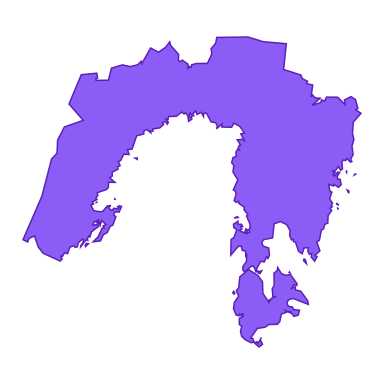 the district of Zamboanga Sibugay, Zamboanga Sibugay, Philippines
{"feature_id": "2640588B82865823535715", "entity_name": "Zamboanga Sibugay", "entity_type": "district", "adm_level": 2, "iso_a3": "PHL", "parent_name": "Philippines", "parent_adm1": "Zamboanga Sibugay", "projection": "robinson", "projection_center": [122.765, 7.61], "detail": "fine", "context": "isolated", "style": "filled", "palette": "violet", "viewbox_px": 384, "rotation_deg": 0, "n_neighbors": 0, "source": "geoboundaries", "source_scale": "gbopen_adm2", "svg_char_len": 6029}
<svg xmlns="http://www.w3.org/2000/svg" viewBox="0 0 384 384"><path d="M27.7,242.0L29.0,238.4L34.5,236.0L38.2,246.9L43.2,253.3L60.3,261.1L62.2,258.8L60.8,256.9L60.8,256.1L62.6,256.2L64.5,252.7L67.5,253.7L69.9,247.2L73.9,245.7L75.1,247.4L77.3,246.8L78.2,242.8L82.7,239.0L83.5,240.5L82.8,243.0L80.7,245.8L80.6,246.9L86.0,239.8L87.8,240.4L87.4,238.3L89.1,235.7L89.6,235.9L89.6,236.9L89.8,237.0L91.5,231.8L98.5,226.4L98.0,224.4L93.0,225.2L93.7,222.3L98.6,219.9L100.1,225.4L101.7,220.5L106.0,224.6L103.1,225.9L104.3,227.9L102.2,228.1L98.2,236.8L93.1,241.8L100.5,240.9L103.4,234.6L107.0,232.8L110.3,226.2L112.9,225.1L115.9,216.6L113.8,215.2L114.6,211.9L119.1,212.1L121.6,206.5L119.5,205.7L117.5,206.8L118.9,207.8L117.8,209.1L113.9,208.2L111.8,210.6L108.3,207.8L110.3,206.2L110.3,205.5L107.3,205.9L102.7,211.4L99.6,211.7L93.8,210.7L90.8,205.1L93.6,204.0L92.3,201.9L97.0,199.6L95.7,198.4L97.7,195.7L97.4,192.6L106.6,189.5L108.4,187.2L108.5,182.3L115.0,182.4L109.8,177.9L112.4,175.9L112.0,172.3L118.0,169.2L117.7,166.8L120.1,165.7L118.4,161.5L120.8,160.4L123.7,154.2L129.1,154.5L127.5,149.7L132.1,149.1L136.6,135.9L143.8,133.9L143.9,131.1L146.5,129.4L150.8,132.8L150.4,130.9L152.9,131.2L152.7,129.0L159.8,127.9L163.7,124.3L162.3,122.7L163.9,121.9L165.9,121.9L167.2,124.2L168.4,122.5L165.8,119.0L168.1,119.5L168.5,116.5L176.4,116.3L181.7,112.0L184.1,114.0L185.6,112.8L187.9,115.9L188.6,121.3L191.8,119.2L191.5,116.7L188.8,117.6L190.0,112.9L191.8,115.9L193.8,115.8L192.9,113.7L195.5,111.0L197.0,114.5L201.1,112.3L203.5,116.5L203.6,113.4L206.5,113.2L211.0,121.8L215.8,122.8L217.4,126.3L216.5,128.8L222.1,123.8L221.7,127.0L231.6,127.3L233.8,123.1L239.9,126.5L244.4,133.0L240.8,133.9L245.0,141.6L242.8,139.2L237.2,139.8L240.7,145.2L239.2,145.4L238.1,148.1L239.3,150.0L237.5,149.5L235.9,152.0L236.1,156.6L233.1,157.4L231.6,162.8L233.8,165.3L233.0,172.1L237.8,179.9L233.3,189.9L235.4,191.1L236.1,194.5L234.1,200.5L236.1,202.4L238.6,201.3L238.9,203.5L244.3,207.1L244.0,209.7L247.9,214.6L246.5,216.0L250.0,224.1L250.0,228.6L248.4,229.7L249.8,232.0L246.2,233.7L239.3,230.5L241.9,229.0L240.8,226.4L242.6,226.5L241.5,224.3L237.9,224.2L238.0,221.2L233.5,224.2L233.8,227.6L236.8,229.6L233.9,237.6L231.1,239.5L230.8,255.1L238.2,246.5L241.2,246.0L242.3,250.4L245.6,251.0L245.7,255.8L246.6,254.8L246.5,261.5L242.9,266.4L242.9,270.3L244.6,271.9L251.6,266.0L253.7,266.4L255.6,270.8L260.6,261.4L264.3,261.9L266.5,256.9L268.0,258.5L269.5,255.2L268.7,248.0L263.2,246.1L261.6,242.4L263.8,239.6L272.6,237.9L274.1,223.9L280.3,221.5L286.8,224.7L290.1,230.7L289.6,235.5L291.5,239.9L293.4,239.3L293.4,241.6L295.5,242.2L298.6,251.4L302.2,253.8L304.1,247.9L308.3,247.7L307.8,251.4L309.5,254.3L311.7,253.4L311.2,257.1L314.7,261.2L317.0,256.7L314.9,255.3L319.9,250.9L316.8,241.9L319.4,240.3L321.3,230.4L323.6,228.8L324.7,224.4L327.8,223.1L328.1,215.5L331.7,210.5L330.0,208.3L332.4,206.6L331.3,205.2L332.5,203.1L329.6,198.7L331.9,192.1L329.9,191.4L328.8,184.4L333.4,186.0L333.8,184.5L338.5,187.3L341.2,184.7L340.2,179.4L337.7,179.1L337.3,176.1L339.7,172.4L337.7,172.1L334.5,176.2L333.0,175.0L335.1,172.6L331.9,171.0L335.2,170.9L338.3,166.6L340.8,170.3L342.5,168.9L341.9,162.0L343.2,160.1L345.6,160.6L346.9,158.6L350.4,162.1L351.9,161.6L350.6,159.1L353.1,154.7L352.0,146.0L353.9,139.7L352.5,133.2L353.3,122.1L361.0,113.3L355.8,109.8L357.9,108.4L355.5,99.6L351.0,96.6L344.4,100.0L345.0,104.6L337.7,97.2L326.5,97.1L324.7,101.1L321.5,99.8L320.8,102.5L312.0,105.2L320.1,98.3L315.1,97.8L312.5,95.0L311.1,96.9L312.7,85.0L306.7,83.7L307.5,81.2L302.6,78.9L300.8,75.0L283.6,69.5L286.3,43.7L263.2,41.7L247.9,37.0L216.8,37.4L215.7,43.2L211.1,48.7L211.8,54.2L207.4,63.4L196.2,63.5L191.5,64.9L191.1,67.2L188.9,66.4L188.8,67.9L187.9,68.4L188.0,64.2L182.2,60.1L180.4,61.6L178.4,60.5L178.6,54.4L170.5,45.2L169.7,41.8L165.6,47.3L158.5,52.2L150.6,48.0L141.8,63.6L141.1,61.3L137.8,64.7L130.4,66.6L122.4,64.9L111.5,68.1L108.4,80.2L96.1,80.4L95.9,78.5L97.6,78.0L96.8,73.2L81.3,74.7L69.0,104.0L83.2,120.3L64.4,127.0L57.6,140.1L57.0,153.3L51.6,158.9L41.9,196.2L23.0,239.7L27.7,242.0ZM281.3,273.5L277.7,267.5L277.2,270.6L274.0,273.1L274.2,285.3L272.2,288.9L272.8,296.3L275.0,296.8L271.4,298.3L268.5,303.1L269.7,299.4L268.1,301.0L262.9,293.4L262.5,281.8L257.9,275.5L248.5,269.5L239.8,276.9L238.7,287.5L236.3,290.9L238.7,296.0L234.4,302.4L233.5,308.7L236.2,315.1L239.0,315.8L239.5,314.1L241.3,315.7L241.8,313.9L243.1,314.0L243.3,316.1L239.3,318.3L239.3,324.5L241.7,326.3L240.5,331.2L241.6,336.3L245.1,339.6L251.0,342.7L254.2,342.2L252.8,338.5L250.7,338.0L257.4,328.4L264.9,327.3L268.9,324.5L277.4,324.3L279.8,321.6L281.3,314.1L286.3,312.3L285.2,310.6L289.9,312.7L289.6,311.4L290.2,311.4L293.9,316.4L298.2,315.2L299.5,310.2L293.6,309.6L292.4,307.0L288.3,306.3L286.9,303.1L288.4,299.8L293.0,298.4L308.3,304.4L307.7,300.7L300.8,291.2L295.5,289.9L295.2,286.9L291.7,288.4L293.7,284.8L296.8,285.6L297.0,283.7L290.4,274.5L286.0,275.4L281.3,273.5ZM260.3,339.5L258.1,343.3L256.9,341.7L255.0,343.5L259.0,347.0L262.5,344.3L260.3,339.5ZM246.7,232.6L247.7,230.1L245.9,228.8L244.9,232.0L246.7,232.6ZM261.7,270.8L258.6,271.7L258.3,273.2L260.0,273.6L261.7,270.8ZM304.1,259.0L303.5,260.6L306.4,263.6L305.4,259.8L304.1,259.0ZM237.4,216.6L234.1,218.1L238.2,217.5L237.4,216.6ZM86.4,243.3L85.2,245.2L85.5,246.6L88.5,243.7L86.4,243.3ZM137.2,157.9L135.1,158.1L137.2,159.4L137.2,157.9ZM233.7,291.4L232.7,292.8L234.0,294.2L234.8,293.1L233.7,291.4ZM347.2,190.0L348.1,192.3L348.8,192.6L348.9,191.0L347.2,190.0ZM339.0,205.2L336.3,203.0L336.5,203.4L337.2,204.0L337.0,204.4L339.0,205.2ZM258.0,271.7L257.4,270.7L256.6,271.8L258.0,271.7ZM256.1,342.4L255.0,342.4L254.3,342.8L256.1,342.4ZM97.7,222.0L96.8,222.7L98.2,223.0L97.7,222.0ZM354.4,174.9L355.6,174.2L354.9,174.0L354.4,174.9ZM289.1,272.5L290.0,272.9L289.5,271.9L289.1,272.5ZM115.8,199.5L114.8,198.8L114.7,199.3L115.8,199.5ZM338.2,208.7L337.2,207.5L338.0,209.0L338.2,208.7ZM261.9,338.3L260.6,338.2L260.1,338.2L261.9,338.3ZM346.8,170.6L346.2,171.6L346.6,172.4L346.8,170.6ZM97.5,202.4L96.5,202.2L96.3,202.5L97.5,202.4Z" fill="#8b5cf6" stroke="#5b21b6" stroke-width="1.5"/></svg>